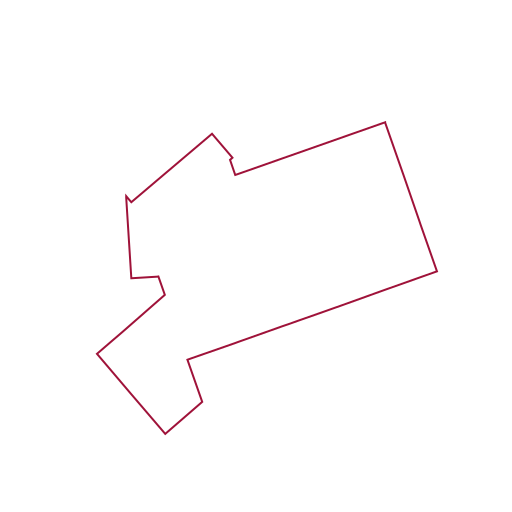 the district of Independencia, Chaco, Argentina, rotated 49°
{"feature_id": "61730980B54017945662210", "entity_name": "Independencia", "entity_type": "district", "adm_level": 2, "iso_a3": "ARG", "parent_name": "Argentina", "parent_adm1": "Chaco", "projection": "mercator", "projection_center": [-60.743, -26.743], "detail": "fine", "context": "isolated", "style": "outline", "palette": "rose", "viewbox_px": 512, "rotation_deg": 49, "n_neighbors": 0, "source": "geoboundaries", "source_scale": "gbopen_adm2", "svg_char_len": 689}
<svg xmlns="http://www.w3.org/2000/svg" viewBox="0 0 512 512"><g transform="rotate(49 256 256)"><path d="M330.8,392.3L289.3,375.8L290.9,371.7L308.2,328.4L308.9,326.5L326.3,282.2L328.3,277.3L328.4,277.1L333.1,265.1L342.9,240.4L346.0,232.5L347.5,228.7L348.0,227.6L348.9,225.2L364.7,184.5L366.1,180.9L386.3,129.5L340.0,111.1L337.6,110.1L291.5,91.5L288.7,90.4L240.2,71.1L239.8,70.8L182.0,216.6L181.2,218.5L166.4,212.5L166.4,209.3L134.9,209.0L134.0,281.0L133.6,314.8L131.1,314.8L125.7,314.7L126.7,315.6L191.0,364.7L206.8,344.1L207.4,343.1L225.5,350.3L225.7,406.3L225.6,419.8L225.5,440.2L278.1,440.8L278.4,440.8L330.7,441.2L330.8,392.3Z" fill="none" stroke="#9f1239" stroke-width="2"/></g></svg>